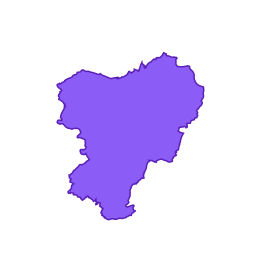 Vima Mica, Maramures, Romania (Albers equal-area conic projection), rotated 237°
{"feature_id": "2599482B4485226346808", "entity_name": "Vima Mica", "entity_type": "district", "adm_level": 2, "iso_a3": "ROU", "parent_name": "Romania", "parent_adm1": "Maramures", "projection": "albers", "projection_center": [23.688, 47.408], "detail": "fine", "context": "isolated", "style": "filled", "palette": "violet", "viewbox_px": 256, "rotation_deg": 237, "n_neighbors": 0, "source": "geoboundaries", "source_scale": "gbopen_adm2", "svg_char_len": 5719}
<svg xmlns="http://www.w3.org/2000/svg" viewBox="0 0 256 256"><g transform="rotate(237 128 128)"><path d="M146.0,213.1L146.9,212.7L147.8,211.7L148.0,210.7L150.2,206.0L151.8,204.0L153.0,202.9L154.8,202.8L155.9,203.2L157.7,204.5L158.4,204.6L160.1,206.6L159.3,207.3L160.9,206.9L161.4,206.1L162.3,205.5L163.1,203.8L164.4,202.6L166.1,201.5L167.7,199.7L168.5,199.8L169.2,200.5L170.0,199.7L171.7,199.0L171.5,198.3L171.0,198.0L170.9,197.2L170.3,196.8L170.1,195.4L169.8,195.1L169.9,194.6L169.6,194.2L169.7,193.1L171.4,190.3L171.4,190.0L170.8,190.0L170.8,189.4L170.7,189.3L170.8,188.7L170.6,188.6L170.9,188.4L170.8,188.0L171.0,187.5L171.7,187.3L171.2,184.0L170.8,183.1L171.1,182.3L171.2,180.6L170.3,177.8L170.2,176.9L170.4,176.3L168.8,176.1L168.9,175.7L169.4,175.3L169.4,174.7L170.4,174.7L170.8,175.1L171.4,175.2L171.9,175.7L174.6,174.9L175.4,175.3L173.6,172.5L172.1,170.9L171.1,169.2L170.5,169.1L170.5,168.6L170.0,167.9L170.3,167.3L171.0,167.4L173.9,165.3L172.9,164.6L172.5,164.0L172.3,161.6L172.1,161.0L172.2,160.7L173.3,160.7L173.8,160.1L174.8,159.9L174.9,159.3L174.2,158.3L174.1,157.8L173.8,157.3L173.5,157.3L173.2,155.4L173.4,152.0L174.1,150.8L174.0,148.8L174.2,147.8L174.5,147.4L175.4,147.7L176.5,146.3L176.7,145.6L175.9,146.6L175.2,146.2L176.2,145.0L177.1,144.7L177.9,142.9L178.0,142.3L178.9,140.4L186.5,135.1L188.8,134.3L188.5,133.1L188.8,132.6L194.4,128.0L195.1,127.1L196.9,125.9L197.6,125.0L198.1,123.8L199.3,122.8L200.7,122.3L201.5,121.4L201.7,120.6L201.1,119.0L201.1,118.2L202.3,115.8L201.1,114.2L201.1,113.3L201.8,112.4L202.0,110.8L201.8,110.2L201.8,109.6L201.1,108.7L201.9,105.4L202.1,104.2L202.1,103.5L202.3,102.8L202.1,102.3L202.3,101.7L202.0,101.0L202.2,100.7L201.7,100.3L201.6,99.7L202.0,97.6L201.8,95.4L202.8,94.8L202.3,94.1L203.1,92.8L202.9,92.2L201.5,91.5L199.5,91.8L195.8,93.1L195.3,92.4L195.4,90.7L194.8,90.4L194.3,89.5L193.8,89.4L193.8,88.3L193.3,87.5L192.7,87.1L190.9,87.0L189.6,85.5L188.9,86.2L185.4,87.5L184.2,87.7L183.3,87.4L182.6,88.0L182.2,87.6L182.4,87.1L181.7,87.8L181.3,87.7L181.1,87.5L181.5,87.0L181.3,86.8L181.1,86.8L180.7,86.4L180.2,86.9L180.0,85.8L179.3,85.5L176.4,80.2L174.3,77.7L173.6,77.1L171.9,77.3L170.7,76.9L170.5,76.5L171.7,75.2L172.6,73.3L171.9,72.2L171.3,71.7L170.6,71.6L168.5,72.8L167.6,74.8L166.8,75.8L162.5,76.5L160.9,77.3L158.9,79.3L157.5,80.4L157.4,81.5L156.9,82.9L155.0,85.5L154.1,86.3L152.7,86.5L151.8,86.5L151.0,86.0L150.2,86.0L149.7,85.8L149.3,84.8L148.8,81.5L148.0,80.4L147.0,80.7L146.4,82.1L145.2,83.3L144.0,83.9L143.0,84.9L141.3,85.5L140.9,85.5L140.0,84.7L137.8,83.6L136.9,82.5L136.2,82.2L135.3,82.6L134.6,82.5L133.8,80.8L133.7,79.9L134.3,78.4L135.3,77.4L135.6,76.5L135.3,75.7L134.9,75.4L132.9,74.7L131.5,74.8L129.8,76.4L129.3,77.6L129.6,78.7L126.1,78.3L122.5,78.3L122.6,74.9L122.0,73.0L122.1,72.5L121.9,71.4L122.4,69.3L123.2,68.3L123.5,67.1L122.6,65.2L122.3,62.6L121.6,60.5L122.0,59.5L120.5,56.6L120.5,55.0L120.2,53.4L120.6,52.9L118.0,51.7L116.4,52.5L115.7,52.3L115.8,51.3L115.1,50.4L114.2,50.0L113.2,50.9L110.7,52.1L110.6,49.5L108.1,47.5L108.1,46.9L107.4,44.8L107.5,43.4L106.9,42.8L106.1,42.6L105.7,42.5L105.5,43.3L104.6,44.1L105.2,44.8L103.3,46.6L103.1,46.5L102.8,46.8L101.9,45.9L101.3,46.3L100.3,48.1L99.7,48.5L98.6,48.5L97.8,48.2L95.8,50.2L94.4,50.0L92.3,50.4L92.3,53.2L93.0,54.5L92.4,55.5L93.0,56.0L93.1,57.0L92.1,57.6L91.5,57.2L90.9,57.2L89.2,58.5L88.4,58.5L87.2,59.1L85.3,59.1L85.3,59.7L85.0,60.3L85.7,62.2L83.6,60.9L83.1,61.2L82.7,61.9L81.7,62.0L82.0,59.6L81.2,59.3L80.9,60.8L81.2,61.9L81.6,62.0L80.7,63.8L79.5,63.3L78.7,62.3L78.2,62.5L77.5,61.7L76.6,62.4L74.9,62.6L74.3,63.2L73.5,62.5L73.2,61.1L72.2,60.2L72.0,59.4L71.5,59.2L71.3,59.5L70.9,59.2L70.3,59.6L69.4,59.4L69.2,58.6L69.4,58.1L67.9,59.4L67.1,59.2L66.1,60.1L66.0,60.9L65.5,59.4L62.7,60.9L61.7,61.7L60.5,65.3L59.9,66.2L59.1,66.7L58.8,67.4L58.5,67.5L57.8,68.6L57.3,71.0L56.9,71.4L56.5,72.5L55.7,73.2L55.1,74.2L54.3,76.9L54.0,77.3L54.0,78.1L54.2,78.6L53.9,80.5L54.0,81.0L53.6,82.3L52.9,83.2L54.1,84.3L54.2,84.8L54.2,86.9L54.6,88.5L54.2,89.3L55.6,88.2L56.6,88.0L57.9,88.5L59.0,89.5L59.1,90.3L60.0,90.8L60.6,90.3L62.1,84.5L63.1,83.7L64.1,83.8L64.5,84.3L64.6,86.7L65.0,88.0L65.5,88.3L67.1,88.5L69.9,92.7L72.8,94.7L74.5,95.6L76.3,98.2L76.9,98.6L77.8,100.5L78.0,102.0L77.6,102.3L77.6,102.8L77.1,103.6L77.1,104.2L77.4,103.9L77.4,104.1L77.3,104.7L77.0,104.7L77.4,105.2L77.3,105.5L77.0,105.4L77.0,106.2L77.5,107.5L77.8,107.6L78.0,110.0L78.5,112.5L78.2,112.6L78.3,112.8L78.0,113.0L77.3,114.0L77.6,114.3L80.0,115.1L80.3,115.4L80.4,115.8L81.4,116.3L80.9,116.3L81.9,117.2L81.6,117.5L82.5,118.1L82.6,118.9L84.6,121.7L86.3,123.1L87.8,124.8L88.6,126.4L88.4,126.9L88.5,128.3L89.3,128.1L87.7,130.3L85.1,131.7L84.0,133.0L84.4,133.1L84.8,133.5L84.7,133.8L84.8,135.8L83.8,138.9L83.4,139.5L82.1,140.2L79.2,142.6L77.6,143.3L76.5,144.9L75.9,147.0L77.7,148.2L78.2,148.9L78.2,149.6L78.8,150.3L78.8,150.7L79.2,151.1L78.7,153.3L79.1,153.8L79.4,153.4L81.0,154.0L82.2,154.9L82.2,155.2L81.4,155.5L82.7,156.3L82.3,158.5L84.9,160.7L86.0,162.4L86.8,162.6L87.2,163.6L89.4,165.7L91.5,168.2L93.4,171.7L95.0,170.1L96.7,169.0L98.2,168.4L98.9,169.6L100.4,171.2L100.5,171.6L100.0,172.4L100.2,172.7L99.2,174.1L98.3,176.6L97.1,177.0L96.7,176.8L96.5,177.8L96.6,178.2L97.6,178.9L99.7,179.6L99.1,181.3L98.1,182.8L99.8,184.9L98.9,188.2L99.7,189.1L99.6,190.7L99.2,191.4L100.1,192.3L100.5,193.3L102.1,193.2L102.4,193.6L102.6,194.4L103.0,194.8L104.8,195.1L105.7,195.6L106.0,196.4L105.7,197.3L106.8,199.5L107.2,202.0L108.5,203.9L109.0,204.2L111.0,204.1L112.0,206.7L113.2,208.5L116.9,210.4L118.0,211.9L120.1,212.9L120.3,213.3L121.6,213.5L122.7,212.4L124.9,210.7L127.0,209.9L129.6,209.5L132.6,210.1L134.7,211.1L136.4,212.4L137.7,212.8L140.5,213.1L141.2,212.7L143.8,212.3L145.1,212.5L146.0,213.1Z" fill="#8b5cf6" stroke="#5b21b6" stroke-width="1.5"/></g></svg>